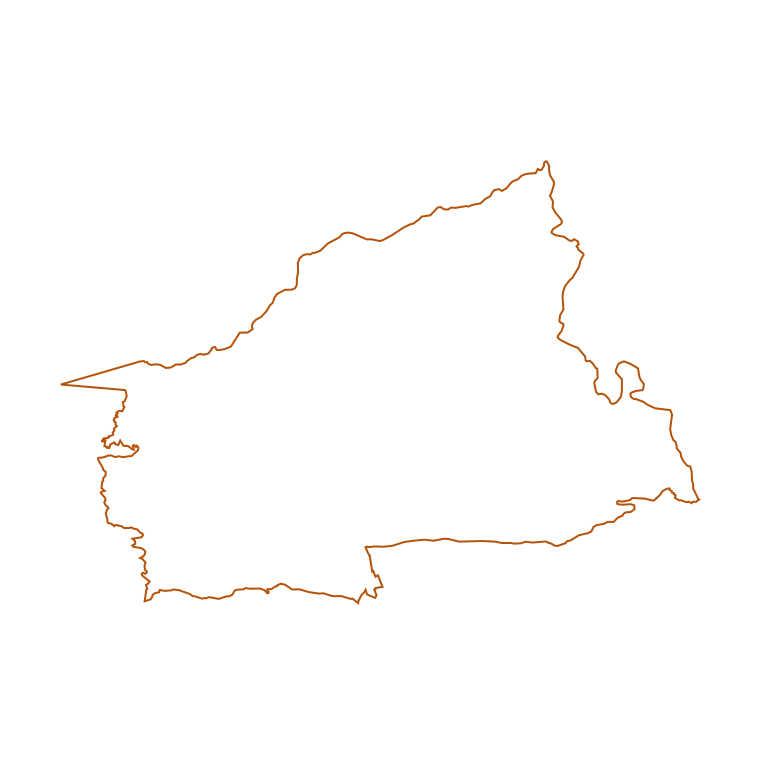 Zapotitlán de Vadillo, Jalisco, Mexico (orthographic projection), rotated 184°
{"feature_id": "50627088B48425886869278", "entity_name": "Zapotitlán de Vadillo", "entity_type": "district", "adm_level": 2, "iso_a3": "MEX", "parent_name": "Mexico", "parent_adm1": "Jalisco", "projection": "orthographic", "projection_center": [-103.756, 19.503], "detail": "fine", "context": "isolated", "style": "outline", "palette": "amber", "viewbox_px": 768, "rotation_deg": 184, "n_neighbors": 0, "source": "geoboundaries", "source_scale": "gbopen_adm2", "svg_char_len": 6130}
<svg xmlns="http://www.w3.org/2000/svg" viewBox="0 0 768 768"><g transform="rotate(184 384 384)"><path d="M706.4,360.9L641.9,359.9L641.0,358.3L639.8,354.0L641.6,348.6L643.2,347.8L642.3,343.4L641.5,343.3L641.7,342.2L643.3,338.6L646.2,338.8L648.8,336.9L647.8,335.9L649.5,334.2L649.2,333.6L648.1,333.9L647.5,332.7L650.3,331.4L651.0,330.1L651.1,328.8L650.3,328.5L650.3,327.5L649.0,326.9L648.9,324.7L647.5,323.4L650.1,320.8L650.3,319.8L649.7,318.7L651.2,316.9L650.5,315.3L651.0,314.1L653.5,313.2L654.8,311.8L655.2,312.2L655.4,310.9L659.7,310.3L660.2,309.6L658.7,308.8L661.4,307.8L661.3,307.2L658.1,307.1L658.5,302.5L657.0,302.4L656.2,301.1L655.2,300.9L654.9,301.7L653.6,301.1L652.8,304.4L649.4,306.8L648.5,306.8L647.9,305.2L644.8,304.6L643.2,309.2L639.7,304.2L635.1,304.3L630.7,301.4L629.0,301.0L630.3,304.7L628.9,305.7L627.1,303.8L626.1,305.2L624.6,303.6L624.5,302.4L624.9,300.7L630.5,294.7L639.6,292.8L643.2,293.4L647.4,292.4L651.0,293.7L653.7,293.5L659.3,291.1L663.9,290.4L663.7,288.2L658.6,280.6L658.3,279.0L655.4,276.8L655.5,273.0L657.6,270.4L657.3,267.9L658.3,266.9L658.6,260.5L655.2,257.8L657.4,257.3L659.0,256.2L658.8,255.4L654.2,250.8L653.7,248.5L654.8,246.7L654.5,245.7L653.4,243.9L650.8,241.9L650.3,240.6L651.5,239.6L652.5,235.2L650.5,229.6L650.2,226.9L649.4,226.1L645.7,225.4L643.2,223.3L642.4,224.4L641.2,224.6L636.0,223.8L633.1,222.2L627.9,222.6L626.0,223.4L624.3,222.4L619.9,221.7L616.6,218.6L614.6,218.0L613.9,216.8L614.3,215.4L615.6,214.1L624.1,212.1L621.5,210.0L621.0,208.3L621.1,207.1L623.8,205.4L622.6,204.1L615.3,203.4L612.5,202.3L610.4,200.3L610.8,197.2L612.3,195.2L615.1,193.3L612.8,192.6L609.4,189.3L610.1,187.1L610.1,184.7L609.1,181.4L607.5,180.5L607.7,179.0L609.0,178.0L610.9,178.9L611.9,178.5L612.5,177.4L611.6,175.9L604.0,170.6L605.4,168.4L607.4,167.0L605.9,163.1L606.8,162.2L607.6,150.5L601.8,152.9L600.2,155.9L600.2,157.4L597.5,159.6L593.8,160.5L593.3,162.9L588.3,162.3L581.3,163.4L580.4,164.3L574.5,164.1L562.8,160.9L560.0,159.0L557.7,159.0L550.6,157.2L547.9,158.0L546.9,157.7L543.9,159.2L533.9,158.1L526.7,161.0L523.1,161.6L520.5,163.4L518.7,167.3L516.8,168.4L509.6,169.5L507.8,170.8L503.6,170.4L493.3,171.3L488.8,170.0L485.9,167.2L484.7,167.3L484.6,168.7L486.1,170.4L485.9,171.2L482.0,171.6L478.4,174.3L476.4,175.0L476.2,176.0L472.9,177.6L468.9,176.9L461.2,172.6L454.1,173.3L444.5,171.2L434.2,170.4L429.5,171.0L421.0,168.8L411.6,169.4L402.1,167.3L400.5,167.7L394.5,163.7L394.5,165.3L391.9,171.7L389.1,175.0L388.0,177.4L386.2,172.9L377.9,170.0L376.7,172.7L379.4,178.3L378.3,178.7L378.2,179.9L371.3,181.5L376.8,192.8L379.1,191.1L381.6,196.7L382.6,196.0L386.4,212.1L386.8,211.9L391.1,219.8L389.7,220.6L388.3,220.2L381.6,221.3L372.5,221.7L364.1,223.3L352.4,227.9L344.2,229.6L332.7,231.5L323.8,231.1L313.1,233.9L308.3,233.8L298.1,232.0L275.2,234.2L262.7,234.5L255.1,233.6L246.0,234.3L243.2,233.8L236.0,234.7L231.9,236.5L224.5,236.2L212.3,238.1L210.6,238.0L208.6,236.7L207.1,236.9L202.5,234.7L199.6,234.5L191.8,237.9L190.4,239.9L186.8,241.1L179.1,246.7L170.3,249.4L166.9,251.3L165.0,256.0L162.1,258.0L154.9,259.8L151.0,262.1L145.3,262.4L141.5,267.0L136.9,269.3L136.2,271.0L134.2,272.7L129.2,273.5L125.4,276.5L125.9,280.5L129.4,281.3L138.1,280.2L141.9,280.4L143.0,280.8L143.3,282.5L141.9,283.8L139.0,283.2L135.0,284.0L130.4,285.5L129.2,287.0L127.3,287.7L115.2,287.8L107.8,286.4L106.5,286.7L100.8,292.7L98.7,296.6L94.2,299.4L91.8,299.7L91.7,298.1L89.5,297.3L89.2,295.8L87.1,295.3L87.2,294.2L85.3,293.5L85.8,290.7L81.5,288.5L80.0,288.8L74.1,287.2L71.2,287.8L68.9,286.5L67.6,288.2L64.6,288.2L61.6,290.7L62.6,291.4L68.2,301.2L68.7,305.9L70.0,309.1L71.0,318.3L72.7,322.9L76.0,323.8L79.7,327.7L82.6,332.3L83.3,335.9L87.8,340.6L87.6,342.4L89.1,346.5L91.4,348.2L93.8,352.9L95.4,359.1L94.5,373.5L96.6,377.9L111.9,378.7L120.2,381.9L123.7,384.2L131.4,386.5L133.7,386.5L136.6,388.1L137.6,391.5L136.2,392.9L132.3,394.6L125.6,396.0L125.0,397.8L124.8,402.1L128.2,406.0L129.7,408.9L131.7,417.3L139.6,421.3L146.2,423.3L150.9,421.1L152.3,418.6L153.8,413.4L153.2,411.4L147.0,405.2L146.2,394.2L146.5,389.9L147.3,386.8L150.5,382.2L153.9,380.1L155.6,380.4L156.8,381.0L158.4,384.5L162.9,388.6L165.8,389.5L169.6,388.7L171.9,390.9L174.3,399.5L173.8,401.9L171.3,405.0L172.3,414.2L173.7,414.5L177.5,419.3L180.3,421.5L183.1,420.9L184.4,421.4L185.3,425.5L193.0,433.5L201.8,436.3L211.0,440.2L214.0,442.4L213.9,444.2L210.6,449.2L209.2,454.2L209.1,456.2L213.0,458.1L213.4,459.7L213.2,464.6L210.2,470.9L212.0,483.6L211.8,488.2L210.3,494.1L206.0,500.5L203.6,502.8L197.8,514.1L196.5,521.3L193.9,526.8L194.4,528.0L199.4,531.5L200.1,533.5L201.3,534.3L201.6,534.9L199.5,537.0L200.7,539.9L204.6,541.7L206.3,539.9L209.0,540.0L214.7,543.4L223.2,544.4L227.2,546.3L227.3,548.0L226.1,550.4L218.8,555.8L218.1,556.6L217.9,558.4L218.8,560.5L225.0,567.0L228.2,571.9L228.1,577.8L231.6,583.5L230.2,586.7L228.5,594.3L228.5,597.3L233.1,604.1L234.3,609.1L234.5,613.1L236.8,616.9L238.2,617.5L239.6,616.0L239.8,612.5L241.9,608.4L243.6,608.3L245.6,609.2L247.4,604.9L254.3,604.0L258.1,603.0L261.6,601.1L264.6,597.6L269.1,595.5L271.5,593.4L275.3,587.9L279.9,584.8L282.7,586.4L287.4,585.2L289.1,583.1L291.2,578.6L296.1,575.5L300.0,571.1L308.6,568.7L312.0,566.9L314.3,567.2L325.0,564.7L329.4,564.7L332.3,562.5L336.1,562.4L339.9,564.5L342.8,563.7L349.6,555.5L358.1,553.6L360.0,551.0L365.9,546.1L369.1,545.1L375.6,541.3L385.9,533.4L394.9,527.6L398.1,526.3L406.7,527.5L411.0,527.0L426.0,532.2L429.9,532.6L433.8,531.8L436.0,530.8L438.8,527.1L449.7,520.4L456.8,512.5L462.0,510.1L464.4,509.7L466.4,508.1L469.8,508.2L473.6,506.9L477.1,503.3L478.4,498.4L477.5,490.1L478.3,482.5L477.9,476.7L479.3,473.5L482.1,471.8L489.4,471.0L496.8,466.5L499.4,462.4L500.6,457.3L503.2,454.6L506.2,448.6L511.5,442.1L516.1,439.3L518.8,436.2L519.9,432.7L518.8,429.7L523.4,425.9L531.5,425.1L539.3,410.7L545.3,407.7L551.5,406.2L553.4,406.5L555.0,409.0L556.1,409.0L558.1,408.0L558.9,405.6L561.6,402.0L566.2,400.6L569.4,401.2L572.6,400.0L575.5,397.1L577.9,396.6L582.2,393.1L583.4,391.3L588.3,389.2L593.0,388.9L597.9,385.5L602.7,384.8L608.8,387.6L613.1,387.7L617.4,386.8L620.5,387.6L621.9,389.4L623.7,389.0L625.1,390.1L628.9,389.5L706.4,360.9Z" fill="none" stroke="#b45309" stroke-width="2"/></g></svg>